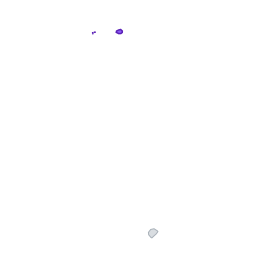 location of Atiu within Cook Islands, rotated 305°
{"feature_id": "COK-4950", "entity_name": "Atiu", "entity_type": "state/province", "adm_level": 1, "iso_a3": "COK", "parent_name": "Cook Islands", "parent_adm1": "", "projection": "equal_earth", "projection_center": [-158.198, -19.915], "detail": "fine", "context": "in_parent", "style": "filled", "palette": "violet", "viewbox_px": 256, "rotation_deg": 305, "n_neighbors": 0, "source": "natural_earth", "source_scale": "10m", "svg_char_len": 565}
<svg xmlns="http://www.w3.org/2000/svg" viewBox="0 0 256 256"><g transform="rotate(305 128 128)"><path d="M60.3,211.9L57.6,211.9L54.0,211.1L51.7,210.6L51.5,209.6L52.4,206.2L54.2,204.6L57.9,204.8L60.4,207.1L60.6,210.9L60.3,211.9Z" fill="#d9dde1" stroke="#a8b0b8" stroke-width="1"/><path d="M204.5,65.5L204.2,67.7L202.9,68.5L201.3,68.0L200.0,66.3L199.6,63.5L200.9,63.0L202.9,64.1L204.5,65.5ZM188.0,46.6L186.9,45.4L187.3,45.6L187.5,45.9L188.0,46.6ZM186.3,44.1L185.8,44.8L185.4,44.9L185.6,44.5L186.3,44.1Z" fill="#8b5cf6" stroke="#5b21b6" stroke-width="1.5"/></g></svg>